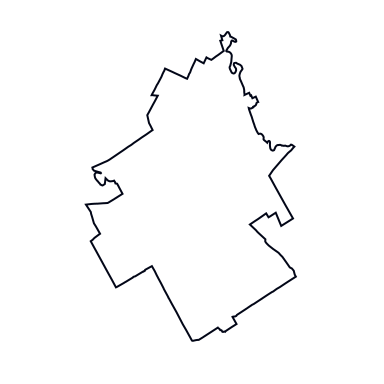 outline of Jebel, Timis, Romania, rotated 74°
{"feature_id": "2599482B60817854126326", "entity_name": "Jebel", "entity_type": "district", "adm_level": 2, "iso_a3": "ROU", "parent_name": "Romania", "parent_adm1": "Timis", "projection": "natural_earth1", "projection_center": [21.231, 45.54], "detail": "fine", "context": "isolated", "style": "outline", "palette": "ink", "viewbox_px": 384, "rotation_deg": 74, "n_neighbors": 0, "source": "geoboundaries", "source_scale": "gbopen_adm2", "svg_char_len": 5973}
<svg xmlns="http://www.w3.org/2000/svg" viewBox="0 0 384 384"><g transform="rotate(74 192 192)"><path d="M334.8,233.0L335.3,232.2L335.5,228.9L335.7,227.4L335.8,227.2L336.0,226.3L335.1,223.0L333.1,216.4L329.5,204.6L329.9,204.5L330.4,204.0L330.9,203.6L331.5,203.2L332.1,203.1L332.6,202.9L332.9,202.0L333.2,201.7L333.6,201.6L334.8,201.3L335.1,200.5L335.0,199.5L335.1,199.0L335.5,198.7L334.9,197.7L332.8,191.1L331.9,188.0L331.2,185.6L323.2,187.5L323.1,187.0L323.5,184.9L323.3,183.6L322.5,182.6L321.4,179.0L319.5,172.9L317.0,165.3L316.7,163.6L315.7,160.4L311.7,147.7L310.2,142.7L310.1,141.7L309.8,140.8L309.3,139.5L308.8,138.1L308.5,137.3L308.4,136.9L307.6,133.7L305.9,128.4L304.6,124.2L302.0,115.5L300.8,115.8L299.8,116.0L298.9,116.0L295.7,115.9L294.1,116.6L293.0,117.1L292.2,118.0L291.4,118.8L287.2,120.2L279.2,123.0L277.1,124.2L274.4,125.5L273.6,126.1L269.3,129.6L264.6,133.0L262.4,134.2L261.4,134.7L259.9,135.2L259.3,135.1L257.7,134.5L249.5,139.5L247.5,140.6L246.8,140.8L239.2,145.3L237.3,139.5L236.3,136.2L233.0,126.6L237.4,125.4L237.0,123.8L235.0,117.2L249.2,115.6L245.3,102.2L229.6,106.0L211.1,110.3L200.8,112.6L197.7,113.4L193.3,108.1L187.0,98.5L186.2,97.3L182.5,91.3L181.1,89.2L180.3,87.5L179.3,85.2L178.1,83.5L177.1,82.0L176.6,81.1L175.4,82.0L174.0,83.2L173.9,83.5L173.8,83.9L174.0,84.0L174.3,84.9L174.5,85.4L174.6,86.2L174.6,86.8L174.5,87.4L173.9,88.5L173.1,89.6L173.0,90.1L173.0,90.8L172.8,91.3L172.5,91.8L172.3,92.1L172.3,92.4L172.3,92.7L171.5,93.5L171.1,94.0L171.0,94.3L170.9,94.6L170.8,94.9L170.8,95.4L170.8,95.7L170.6,96.0L170.5,96.4L170.5,96.8L170.6,97.6L170.9,98.2L171.2,98.7L171.4,99.1L171.7,99.3L172.1,99.7L172.6,100.0L172.9,100.4L173.5,100.8L174.1,101.3L174.4,101.6L174.4,101.8L174.5,102.5L174.5,102.8L174.3,103.3L173.8,103.8L173.4,104.2L172.8,104.5L172.3,104.6L171.5,104.7L169.5,104.4L168.5,104.2L166.9,103.7L166.5,103.5L165.4,103.3L164.9,103.3L164.5,103.5L164.2,103.8L164.1,104.1L164.2,104.4L164.2,104.7L164.6,105.3L165.4,106.1L164.4,106.6L163.7,107.2L162.8,107.8L162.3,108.1L162.0,108.4L161.5,108.6L161.0,108.7L160.2,108.4L159.5,108.1L158.7,108.0L158.0,108.1L157.7,108.2L156.3,108.7L156.0,108.9L155.4,109.3L155.1,109.7L154.8,110.1L154.7,110.6L154.6,111.2L154.6,111.7L154.6,112.0L153.3,112.5L152.0,112.8L150.1,113.2L149.6,113.2L147.3,113.5L145.9,113.6L144.5,113.6L141.5,113.8L136.0,113.9L133.9,114.1L128.3,114.4L126.9,114.3L127.8,113.2L128.0,112.2L127.9,111.5L127.7,110.6L127.6,110.1L127.5,109.6L127.3,109.5L126.9,109.6L126.8,109.3L126.8,108.8L126.5,107.7L126.4,107.3L126.0,106.7L125.8,106.4L125.3,106.1L124.7,105.7L124.2,105.4L124.1,105.1L123.8,104.4L123.7,104.0L123.7,103.6L117.9,104.4L118.5,108.1L115.4,108.5L115.6,109.3L112.4,109.7L112.7,111.8L113.2,114.8L112.7,114.6L112.4,114.5L112.1,114.5L111.2,114.4L110.1,114.2L109.7,114.0L109.3,114.0L108.7,113.8L108.2,113.7L107.0,113.6L105.5,113.5L105.1,113.6L104.4,113.7L103.7,113.8L101.3,114.1L100.6,114.2L98.9,114.4L97.8,114.6L96.2,114.8L95.6,114.6L94.4,114.6L93.0,114.3L91.4,113.4L89.7,112.1L88.5,110.5L87.6,109.5L87.0,109.5L84.6,109.7L83.0,110.7L82.0,111.9L81.0,113.2L80.1,113.8L79.9,114.1L79.7,115.7L79.9,116.2L81.2,116.8L82.1,116.7L83.8,116.3L85.4,115.7L87.1,116.0L88.3,116.8L89.2,117.7L89.4,118.2L89.6,118.8L89.5,119.5L88.9,120.3L88.2,120.9L84.4,121.6L82.9,121.6L82.0,121.2L81.2,120.4L79.6,119.5L78.0,118.5L75.1,117.4L72.3,116.3L71.3,116.1L69.8,116.3L68.5,116.9L67.8,117.5L67.2,118.3L66.8,119.2L66.5,119.9L66.0,120.2L65.5,120.0L64.9,119.4L63.4,117.8L62.2,115.8L61.6,115.0L60.6,114.1L59.7,113.5L58.4,113.0L57.8,112.5L57.6,112.1L57.4,111.7L58.2,110.8L59.3,109.6L59.7,108.6L59.5,108.0L58.6,107.8L57.5,107.8L56.3,108.9L53.9,111.3L53.1,112.4L52.0,112.2L49.2,112.7L48.4,113.0L48.0,114.1L48.8,115.3L50.2,117.0L50.7,118.0L50.9,118.6L50.8,119.5L50.4,120.3L49.7,121.0L54.5,121.0L54.4,123.1L56.5,123.0L65.1,122.6L67.5,129.1L68.3,131.6L69.7,135.2L70.3,137.0L67.6,140.1L66.6,141.0L71.5,145.3L68.6,148.3L65.2,151.6L67.6,153.5L69.7,155.4L71.2,156.7L73.3,158.5L73.7,158.8L74.2,159.2L76.6,160.9L77.8,162.3L79.5,163.5L81.8,165.5L80.8,166.8L76.9,171.1L72.8,175.9L71.2,177.7L65.9,183.9L66.4,184.3L67.7,185.1L68.4,185.9L70.5,187.8L72.8,189.6L75.4,192.1L78.2,194.8L79.5,196.3L83.3,199.7L85.6,202.0L87.1,203.5L87.8,204.1L88.0,203.3L88.5,202.2L89.0,201.0L90.0,198.4L94.5,202.7L97.3,205.5L103.1,211.1L105.8,213.8L113.9,214.3L117.1,213.6L121.6,212.8L122.2,214.7L123.4,218.1L123.8,219.2L124.1,220.1L125.3,223.9L125.8,225.5L126.8,228.3L127.3,229.8L128.8,234.4L129.2,235.4L129.6,236.4L130.1,237.8L130.9,240.7L132.2,244.4L133.2,247.3L134.1,250.1L135.3,253.7L137.3,259.8L138.1,262.2L138.7,264.5L138.9,265.6L139.2,268.1L139.9,272.9L140.8,279.5L141.0,281.0L141.8,281.0L142.5,281.2L144.5,280.3L147.1,276.2L148.1,274.5L148.7,274.3L148.9,274.6L147.3,277.4L147.2,277.8L146.9,278.5L147.2,279.6L147.8,280.3L148.4,280.9L149.7,281.1L151.1,281.2L152.4,281.1L154.9,280.1L156.1,279.4L157.1,279.1L158.1,278.5L158.6,278.3L159.3,278.0L159.6,278.0L161.0,276.4L161.0,275.8L160.3,273.6L154.9,271.3L157.6,269.8L158.0,269.4L158.4,269.0L158.8,268.5L159.2,267.8L159.5,266.3L159.7,264.8L159.6,263.8L160.0,263.7L160.4,263.6L160.6,263.4L161.0,263.3L161.3,263.3L161.7,263.3L162.7,263.2L162.8,262.8L163.4,261.7L166.0,261.1L167.6,260.8L174.6,259.3L176.0,264.1L177.8,270.3L178.8,274.0L179.2,275.5L179.3,276.2L178.7,278.9L178.3,280.6L177.2,285.9L176.5,288.6L175.8,291.8L174.9,297.4L175.9,297.1L183.3,294.8L185.2,295.0L188.6,294.9L193.7,294.9L195.1,294.9L198.5,293.9L206.8,291.9L207.6,294.1L208.4,296.2L209.2,298.3L209.9,299.6L210.5,300.5L210.6,300.8L211.4,302.9L219.0,301.2L222.9,300.3L243.9,295.6L247.4,294.8L253.9,293.3L259.4,292.1L262.7,291.4L262.5,290.1L262.2,288.9L260.6,282.3L260.4,281.9L260.2,280.8L257.9,272.4L257.4,271.7L257.4,269.8L256.9,268.0L254.9,260.6L255.1,260.5L254.7,259.0L253.9,258.5L252.2,251.0L257.9,249.6L262.6,248.8L263.1,248.7L263.9,248.5L265.5,248.2L270.9,247.0L276.5,245.9L277.5,245.8L286.5,243.8L287.0,243.9L287.6,243.6L294.0,242.2L303.4,240.0L316.7,237.3L323.0,235.7L334.8,233.0Z" fill="none" stroke="#020617" stroke-width="2"/></g></svg>